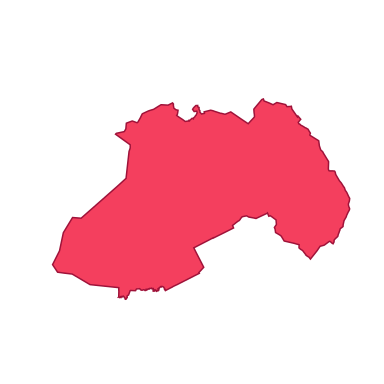 Ērģemes pag., Valkas, Latvia (orthographic projection), rotated 257°
{"feature_id": "27541924B65555347577628", "entity_name": "Ērģemes pag.", "entity_type": "district", "adm_level": 2, "iso_a3": "LVA", "parent_name": "Latvia", "parent_adm1": "Valkas", "projection": "orthographic", "projection_center": [25.763, 57.825], "detail": "fine", "context": "isolated", "style": "filled", "palette": "rose", "viewbox_px": 384, "rotation_deg": 257, "n_neighbors": 0, "source": "geoboundaries", "source_scale": "gbopen_adm2", "svg_char_len": 5814}
<svg xmlns="http://www.w3.org/2000/svg" viewBox="0 0 384 384"><g transform="rotate(257 192 192)"><path d="M238.4,314.3L242.2,312.3L241.4,311.6L250.4,308.0L253.2,308.1L253.3,306.7L253.8,303.7L256.1,302.9L256.9,301.3L260.1,294.8L258.8,290.6L261.4,287.2L264.5,282.7L266.6,282.5L266.5,281.3L266.2,280.6L259.4,271.6L258.8,270.9L258.3,270.8L255.8,270.4L255.0,270.3L253.5,270.2L251.3,269.8L250.9,269.5L248.6,266.1L245.9,262.1L251.2,257.1L261.3,247.8L260.3,241.7L262.1,238.2L262.1,237.8L263.2,236.0L265.6,232.0L266.4,230.8L267.5,228.6L267.4,221.9L265.8,221.8L265.9,218.8L268.1,217.6L269.3,218.0L270.8,217.4L272.8,217.9L273.7,216.8L274.4,216.8L275.0,217.0L275.4,215.2L274.1,213.1L273.2,211.9L272.5,211.4L272.4,211.2L272.0,211.3L271.3,211.6L269.9,212.2L269.7,214.8L268.0,214.8L267.4,214.4L266.3,213.5L266.0,213.4L265.6,212.6L265.2,212.2L264.5,211.5L263.9,210.3L263.3,209.9L263.0,209.8L263.8,208.7L263.2,207.6L262.4,206.0L262.5,205.2L261.8,205.3L261.8,205.2L262.1,203.4L262.2,202.1L262.3,201.2L264.7,199.2L267.8,196.2L270.0,194.3L271.1,195.3L272.0,195.7L274.8,196.8L275.2,196.0L275.8,194.8L277.8,193.2L281.4,193.4L281.5,193.6L281.9,193.7L283.2,193.1L282.8,191.4L282.2,189.0L282.1,188.6L282.0,188.3L284.0,181.5L283.2,179.0L281.2,173.2L281.0,169.9L280.8,167.9L280.6,166.8L279.4,161.3L279.3,161.1L279.1,160.9L275.6,158.1L272.3,155.0L272.1,154.8L272.0,154.6L271.9,154.4L271.9,154.1L272.0,153.8L274.3,150.3L274.6,149.8L274.6,149.5L273.9,143.9L273.8,143.5L273.5,143.4L268.5,141.8L268.0,141.4L266.4,139.9L266.2,139.6L266.1,139.3L266.1,138.7L266.2,131.8L266.2,131.6L266.1,131.4L265.9,131.0L265.5,130.5L251.9,142.4L249.2,141.8L248.6,141.6L245.7,139.8L220.1,130.8L214.1,120.1L191.4,78.1L194.0,69.9L181.3,57.5L164.5,49.7L152.6,39.8L144.1,43.0L141.8,49.0L139.0,56.8L124.7,71.8L115.3,99.1L112.5,98.5L112.1,98.5L111.9,98.5L111.7,98.4L106.3,97.0L106.2,96.9L106.2,97.1L105.6,97.4L105.6,97.6L105.4,97.7L105.3,97.9L105.3,98.1L105.4,98.3L105.5,98.3L105.4,98.5L105.6,98.7L105.8,98.8L106.0,98.9L106.1,99.0L106.0,99.3L105.8,99.4L106.1,99.5L106.1,99.8L105.5,100.7L105.9,101.0L106.1,101.5L105.6,102.0L105.0,102.3L104.6,102.3L104.2,102.4L103.7,102.8L103.2,102.9L102.8,102.8L102.6,102.8L102.4,103.1L102.4,103.6L102.9,104.1L103.3,104.2L103.4,104.6L103.5,104.9L103.9,105.2L104.3,105.2L105.1,105.3L105.6,105.8L105.9,107.0L109.6,109.4L109.8,109.6L109.9,110.0L108.6,114.5L108.6,114.9L109.6,115.6L110.0,116.1L109.8,117.3L109.6,118.8L109.6,119.3L109.3,119.5L109.1,119.5L108.5,119.8L107.8,120.4L107.8,120.8L107.6,121.1L107.5,121.6L107.6,122.4L107.7,122.8L107.2,123.7L106.6,124.0L106.5,124.5L106.5,125.2L106.7,125.4L107.4,125.3L107.6,125.4L107.6,125.5L107.2,125.7L106.8,126.4L106.9,126.8L107.4,127.3L107.0,128.4L107.1,128.6L107.3,128.7L107.5,128.5L107.6,129.0L107.4,129.4L107.5,129.7L107.3,130.0L107.2,130.2L107.0,130.9L107.2,131.1L106.5,131.4L106.4,131.7L106.8,132.3L106.8,132.5L106.7,132.6L106.2,132.5L106.1,132.2L104.6,132.4L104.4,131.8L104.2,131.8L103.9,132.7L103.9,133.1L104.0,133.3L105.0,133.4L105.1,133.7L104.9,134.3L104.5,134.6L104.3,134.8L103.6,134.8L103.2,135.0L103.4,135.7L103.8,136.0L104.0,136.6L103.4,136.7L103.4,136.9L103.5,137.2L103.8,137.4L103.9,137.6L104.5,137.7L104.6,137.8L104.9,137.6L105.1,137.2L105.5,137.2L105.6,137.7L105.7,138.0L105.6,138.4L105.7,138.5L106.0,138.5L106.1,138.8L106.1,139.0L106.3,139.4L106.9,140.0L106.6,140.4L106.6,140.8L106.4,141.0L106.8,141.3L106.7,141.6L106.5,142.0L106.0,142.7L105.9,142.9L104.8,143.2L104.7,143.4L104.6,143.5L103.7,143.6L103.5,143.3L103.3,143.3L102.8,143.4L102.6,143.6L102.5,143.9L102.9,144.2L102.8,144.3L102.6,144.4L102.4,144.3L102.0,144.2L103.4,149.6L103.5,150.1L103.9,151.7L104.1,152.0L104.9,155.5L105.1,156.6L106.4,161.8L106.4,162.0L106.5,162.1L106.6,162.6L109.6,174.6L111.1,180.8L111.9,180.5L116.0,186.5L132.6,182.3L137.2,181.2L140.2,193.0L141.0,196.2L142.6,202.3L142.3,202.3L142.5,203.1L145.1,214.1L147.6,224.4L150.3,224.0L151.4,226.4L152.1,227.8L153.3,230.5L153.4,231.2L154.3,232.6L155.3,233.5L156.3,235.0L156.6,235.3L156.5,239.8L154.8,241.7L152.7,246.6L151.8,248.4L152.3,250.7L154.4,260.5L154.6,260.8L151.1,261.4L151.2,262.3L151.3,262.9L149.7,264.4L145.9,267.6L141.8,267.0L141.3,266.9L138.9,264.3L137.2,264.6L133.7,264.3L130.6,267.6L129.3,268.8L128.4,269.2L123.5,270.8L122.9,272.0L119.0,280.0L117.7,282.3L116.6,284.5L113.5,283.7L111.9,284.8L110.1,286.6L107.4,287.8L105.5,288.7L105.2,288.6L103.6,289.8L102.3,291.2L101.6,291.6L100.0,292.3L104.6,298.1L106.6,300.6L110.3,304.6L110.4,307.9L110.5,309.0L113.0,314.7L112.8,315.2L112.3,315.8L110.9,316.7L110.6,317.0L109.8,317.8L110.6,318.5L110.9,318.8L111.3,319.1L111.8,319.3L112.5,319.4L113.2,319.8L113.4,319.9L114.0,320.8L114.4,321.4L115.7,323.7L116.0,324.1L117.4,324.8L118.3,325.3L119.2,326.0L120.9,327.0L121.5,327.5L122.4,327.8L122.6,328.0L123.0,328.4L123.4,329.2L123.4,329.5L123.8,330.2L124.2,331.1L124.4,331.4L125.1,331.6L126.1,331.9L129.9,333.7L133.1,336.7L134.4,337.4L136.3,338.9L136.9,339.3L138.4,340.7L138.7,340.9L139.1,341.3L140.1,341.8L140.7,341.8L142.5,341.5L144.3,341.5L145.4,341.8L146.0,342.2L147.0,342.8L147.8,343.3L149.9,344.1L150.3,344.2L152.4,343.6L154.9,343.1L156.4,342.8L157.6,342.4L158.9,341.8L160.2,341.6L161.8,341.5L163.0,341.0L163.4,340.8L167.2,339.5L169.7,338.2L170.3,338.0L175.7,336.3L176.5,336.1L177.0,335.9L177.6,336.0L179.0,336.0L179.9,335.8L180.3,335.6L180.4,335.4L180.5,335.0L180.7,334.5L181.0,333.5L181.6,330.9L182.0,330.2L182.4,330.1L183.1,330.1L183.5,330.0L184.0,330.1L190.4,331.8L191.0,331.9L193.3,331.1L196.0,330.2L199.0,329.2L199.9,328.9L201.8,328.4L202.3,328.1L204.0,326.9L208.3,326.5L213.4,327.0L217.9,322.5L220.5,319.9L221.1,319.6L221.8,320.0L222.4,320.5L222.7,320.6L224.7,319.9L227.1,319.2L227.7,318.5L228.8,317.4L229.1,316.8L229.7,316.2L230.0,316.0L231.6,314.3L232.6,313.1L233.9,312.3L234.0,312.0L234.3,311.8L234.5,311.4L236.0,311.2L238.4,314.3Z" fill="#f43f5e" stroke="#9f1239" stroke-width="1.5"/></g></svg>